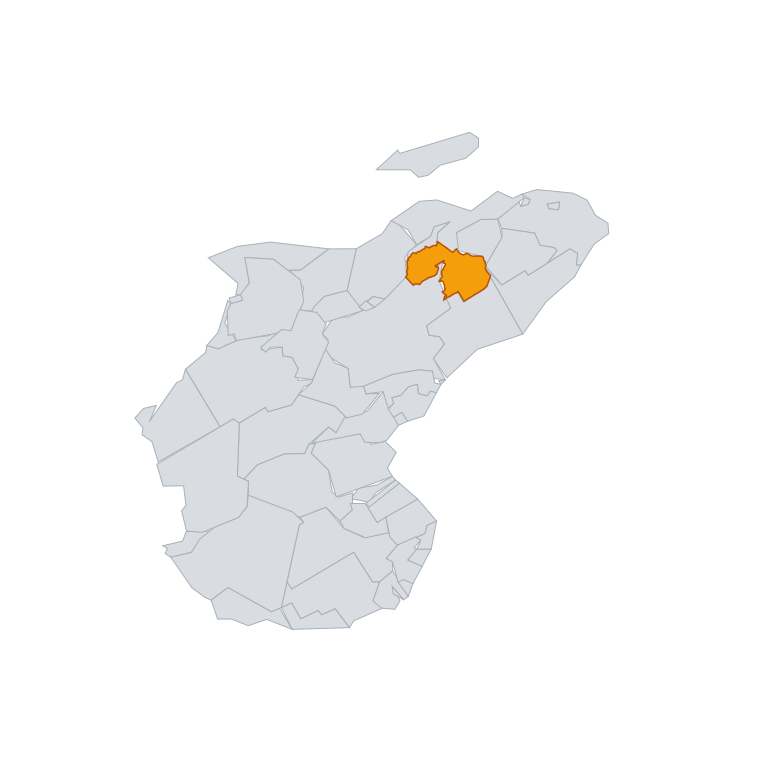 Zambia highlighted on a map of Africa, rotated 239°
{"feature_id": "ZMB", "entity_name": "Zambia", "entity_type": "country or territory", "adm_level": 0, "iso_a3": "ZMB", "parent_name": "Africa", "parent_adm1": "", "projection": "equal_earth", "projection_center": [28.807, -13.118], "detail": "fine", "context": "in_parent", "style": "filled", "palette": "amber", "viewbox_px": 768, "rotation_deg": 239, "n_neighbors": 49, "source": "natural_earth", "source_scale": "50m", "svg_char_len": 14587}
<svg xmlns="http://www.w3.org/2000/svg" viewBox="0 0 768 768"><g transform="rotate(239 384 384)"><path d="M483.2,400.5L514.2,429.9L513.8,459.9L520.3,474.3L515.6,478.8L486.7,483.7L482.0,467.2L464.6,458.8L458.0,444.4L456.4,428.5L464.7,419.5L462.7,402.0L483.2,400.5Z" fill="#d9dde1" stroke="#a8b0b8" stroke-width="1"/><path d="M245.3,180.9L244.0,192.2L225.7,191.8L223.8,211.0L218.4,211.7L216.6,226.5L192.9,229.0L221.0,178.9L245.3,180.9Z" fill="#d9dde1" stroke="#a8b0b8" stroke-width="1"/><path d="M456.4,428.5L464.6,458.8L452.9,460.2L450.8,485.8L458.0,488.8L458.5,497.2L443.8,484.4L414.6,480.3L411.9,450.5L402.4,447.8L396.1,456.0L387.1,456.6L380.3,439.4L356.0,438.7L364.2,428.5L370.0,432.2L378.3,420.9L387.8,396.3L393.2,359.8L398.6,353.3L415.8,361.2L434.8,351.5L444.9,351.7L451.1,359.1L458.6,356.7L467.2,375.6L459.6,388.3L456.4,428.5Z" fill="#d9dde1" stroke="#a8b0b8" stroke-width="1"/><path d="M528.2,406.3L524.6,371.0L531.3,359.6L547.9,353.5L564.1,329.9L540.0,320.6L533.3,309.7L536.6,302.7L545.3,310.7L582.7,298.4L577.4,329.3L564.2,359.7L528.2,406.3Z" fill="#d9dde1" stroke="#a8b0b8" stroke-width="1"/><path d="M514.2,429.9L483.2,400.5L489.8,377.9L483.7,359.4L491.3,349.5L507.9,364.6L529.7,362.0L524.6,371.0L528.2,406.3L514.2,429.9Z" fill="#d9dde1" stroke="#a8b0b8" stroke-width="1"/><path d="M428.6,328.1L424.1,324.7L422.1,322.4L422.7,313.5L413.5,294.0L420.0,269.9L424.9,270.5L425.1,236.7L431.6,236.6L431.7,221.4L498.9,221.4L502.9,247.3L508.3,252.0L499.5,260.0L496.5,286.4L485.0,309.3L483.4,324.5L476.1,296.6L468.1,315.7L460.2,311.9L454.2,318.9L441.3,318.4L431.5,312.0L424.6,325.0L428.6,328.1Z" fill="#d9dde1" stroke="#a8b0b8" stroke-width="1"/><path d="M425.0,239.9L424.9,270.5L420.0,269.9L413.5,294.0L418.8,305.2L390.0,330.8L374.3,334.4L366.8,317.7L375.6,314.3L371.0,288.2L365.1,280.1L375.4,262.6L379.9,233.7L374.5,214.9L380.4,210.8L425.0,239.9Z" fill="#d9dde1" stroke="#a8b0b8" stroke-width="1"/><path d="M384.5,613.8L387.0,610.1L396.3,617.2L404.1,612.9L403.3,585.5L409.3,600.8L413.2,600.1L422.6,589.2L435.7,590.8L456.8,565.2L466.8,566.5L470.8,582.5L470.2,593.5L465.8,592.7L463.7,600.2L467.0,604.2L475.7,600.2L472.0,615.1L450.1,644.4L437.0,652.8L419.7,652.2L406.5,658.8L397.2,654.1L395.7,636.3L384.5,613.8ZM454.2,616.6L449.3,615.8L443.4,623.3L449.5,628.2L454.2,616.6Z" fill="#d9dde1" stroke="#a8b0b8" stroke-width="1"/><path d="M454.2,616.6L449.5,628.2L443.4,623.3L449.3,615.8L454.2,616.6Z" fill="#d9dde1" stroke="#a8b0b8" stroke-width="1"/><path d="M466.8,566.5L448.8,560.6L433.0,531.9L443.2,533.5L461.7,514.7L476.5,524.1L475.2,551.6L466.8,566.5Z" fill="#d9dde1" stroke="#a8b0b8" stroke-width="1"/><path d="M456.8,565.2L435.7,590.8L422.6,589.2L413.2,600.1L409.3,600.8L403.3,585.5L402.8,563.4L408.4,563.1L408.1,535.9L433.0,531.9L448.8,560.6L456.8,565.2Z" fill="#d9dde1" stroke="#a8b0b8" stroke-width="1"/><path d="M402.8,563.4L404.1,612.9L396.3,617.2L387.0,610.1L384.5,613.8L377.8,602.8L371.0,565.4L355.3,528.6L431.9,530.7L408.1,535.9L408.4,563.1L402.8,563.4Z" fill="#d9dde1" stroke="#a8b0b8" stroke-width="1"/><path d="M189.9,286.1L185.3,277.3L195.0,263.9L203.9,262.8L216.7,278.2L219.5,295.1L189.5,295.5L188.9,289.6L206.5,286.8L189.9,286.1Z" fill="#d9dde1" stroke="#a8b0b8" stroke-width="1"/><path d="M219.5,295.1L216.7,278.2L220.0,272.2L255.4,271.3L255.8,199.1L264.4,199.0L307.0,239.0L306.8,243.9L313.2,243.1L308.3,270.8L280.9,275.4L263.4,287.1L254.2,311.3L238.9,312.6L233.3,296.1L227.1,299.8L219.5,295.1Z" fill="#d9dde1" stroke="#a8b0b8" stroke-width="1"/><path d="M192.9,229.0L216.6,226.5L218.4,211.7L223.8,211.0L225.7,191.8L244.0,192.2L245.3,180.9L264.4,199.0L255.8,199.1L255.4,271.3L220.0,272.2L216.7,278.2L203.9,262.8L192.8,266.4L196.6,236.0L192.9,229.0Z" fill="#d9dde1" stroke="#a8b0b8" stroke-width="1"/><path d="M300.6,343.6L295.7,344.5L295.1,321.0L290.2,310.5L302.7,296.7L307.9,308.4L301.1,325.9L300.6,343.6Z" fill="#d9dde1" stroke="#a8b0b8" stroke-width="1"/><path d="M374.5,214.9L379.9,233.7L375.4,262.6L365.1,280.1L371.0,288.2L368.5,294.8L362.3,286.1L338.6,292.1L318.2,284.0L310.4,286.6L307.0,301.2L292.3,291.9L289.2,275.7L308.3,270.8L313.2,243.1L358.6,210.3L370.4,217.7L374.5,214.9Z" fill="#d9dde1" stroke="#a8b0b8" stroke-width="1"/><path d="M300.6,343.6L311.9,284.9L338.6,292.1L362.3,286.1L370.7,297.9L353.6,337.9L338.8,342.1L334.4,355.3L319.1,359.3L310.1,343.5L300.6,343.6Z" fill="#d9dde1" stroke="#a8b0b8" stroke-width="1"/><path d="M370.4,291.8L375.6,314.3L366.8,317.7L375.2,332.3L369.4,355.6L377.9,379.3L341.0,375.0L334.3,357.5L336.0,349.7L344.1,337.5L353.6,337.9L370.4,291.8Z" fill="#d9dde1" stroke="#a8b0b8" stroke-width="1"/><path d="M291.1,306.4L295.7,344.5L291.0,346.2L285.5,308.7L291.1,306.4Z" fill="#d9dde1" stroke="#a8b0b8" stroke-width="1"/><path d="M286.0,306.2L291.0,346.2L267.9,353.6L268.7,306.7L286.0,306.2Z" fill="#d9dde1" stroke="#a8b0b8" stroke-width="1"/><path d="M238.9,312.6L249.6,310.1L269.0,317.0L267.9,353.6L239.4,358.5L240.5,347.9L234.6,342.0L238.9,312.6Z" fill="#d9dde1" stroke="#a8b0b8" stroke-width="1"/><path d="M206.9,294.0L227.1,299.8L233.3,296.1L238.9,312.6L236.7,332.4L231.2,335.3L228.3,325.6L223.9,327.2L220.9,313.8L208.1,322.8L197.9,306.0L206.9,294.0Z" fill="#d9dde1" stroke="#a8b0b8" stroke-width="1"/><path d="M189.5,295.5L206.9,294.0L206.3,300.0L197.9,306.0L189.5,295.5Z" fill="#d9dde1" stroke="#a8b0b8" stroke-width="1"/><path d="M235.8,332.4L234.6,342.0L240.5,347.9L239.4,358.5L218.1,339.4L225.5,326.7L231.2,335.3L235.8,332.4Z" fill="#d9dde1" stroke="#a8b0b8" stroke-width="1"/><path d="M208.1,322.8L220.9,313.8L225.5,326.7L218.1,339.4L208.1,322.8Z" fill="#d9dde1" stroke="#a8b0b8" stroke-width="1"/><path d="M254.2,311.3L261.7,289.0L280.9,275.4L289.2,275.7L292.3,291.9L298.9,293.7L291.1,306.4L268.7,306.7L269.0,317.0L254.2,311.3Z" fill="#d9dde1" stroke="#a8b0b8" stroke-width="1"/><path d="M444.9,351.7L427.6,352.7L415.8,361.2L398.6,353.3L392.6,365.3L384.9,363.5L378.3,375.1L369.3,350.0L374.3,334.4L390.0,330.8L418.8,305.2L422.1,322.4L444.9,351.7Z" fill="#d9dde1" stroke="#a8b0b8" stroke-width="1"/><path d="M392.6,365.3L387.8,396.3L378.3,420.9L370.0,432.2L358.5,428.0L354.4,432.8L349.5,424.4L354.0,420.1L351.7,414.8L358.1,408.4L366.5,412.5L369.0,403.5L365.5,392.7L368.1,383.5L362.3,382.6L361.1,375.1L377.9,379.3L384.9,363.5L392.6,365.3Z" fill="#d9dde1" stroke="#a8b0b8" stroke-width="1"/><path d="M350.5,375.1L360.3,374.7L362.3,382.6L368.1,383.5L365.5,392.7L369.0,403.5L366.5,412.5L358.1,408.4L351.7,414.8L354.0,420.1L349.5,424.4L336.0,401.8L340.0,385.0L350.5,384.6L350.5,375.1Z" fill="#d9dde1" stroke="#a8b0b8" stroke-width="1"/><path d="M341.0,375.0L350.5,375.1L350.5,384.6L340.0,385.0L341.0,375.0Z" fill="#d9dde1" stroke="#a8b0b8" stroke-width="1"/><path d="M476.3,465.8L485.1,473.0L486.6,499.8L493.0,507.8L489.1,524.7L485.9,507.8L475.7,500.8L480.5,475.9L476.3,465.8Z" fill="#d9dde1" stroke="#a8b0b8" stroke-width="1"/><path d="M486.7,483.7L503.6,484.1L520.3,474.3L522.4,508.4L514.5,524.1L487.4,547.7L490.7,580.6L476.8,589.9L475.7,600.2L471.5,600.1L466.8,566.5L475.2,551.6L476.5,524.1L462.1,517.6L461.2,509.2L478.8,502.8L485.9,507.8L489.1,524.7L493.0,507.8L486.6,499.8L486.7,483.7Z" fill="#d9dde1" stroke="#a8b0b8" stroke-width="1"/><path d="M471.5,600.1L467.0,604.2L463.7,600.2L465.8,592.7L471.5,600.1Z" fill="#d9dde1" stroke="#a8b0b8" stroke-width="1"/><path d="M354.4,432.8L358.6,432.4L356.0,438.7L354.4,432.8ZM356.9,441.1L380.3,439.4L387.1,456.6L396.1,456.0L402.4,447.8L411.9,450.5L414.6,480.3L425.5,481.5L425.5,494.5L413.5,494.4L413.5,519.2L421.2,530.3L355.3,528.6L365.7,482.0L356.9,441.1Z" fill="#d9dde1" stroke="#a8b0b8" stroke-width="1"/><path d="M463.0,412.1L464.7,419.5L456.4,428.5L454.6,415.4L463.0,412.1Z" fill="#d9dde1" stroke="#a8b0b8" stroke-width="1"/><path d="M571.6,487.8L577.5,516.3L573.5,516.3L555.7,586.8L546.1,591.7L538.6,587.1L535.4,570.4L542.6,545.0L540.2,529.4L543.3,520.2L554.1,516.8L571.6,487.8Z" fill="#d9dde1" stroke="#a8b0b8" stroke-width="1"/><path d="M188.9,289.6L199.5,283.9L206.5,286.8L188.9,289.6Z" fill="#d9dde1" stroke="#a8b0b8" stroke-width="1"/><path d="M347.4,159.5L338.9,132.1L345.4,112.0L351.4,109.2L354.6,113.6L359.3,111.0L353.1,130.5L359.7,139.0L347.4,159.5Z" fill="#d9dde1" stroke="#a8b0b8" stroke-width="1"/><path d="M245.3,180.9L246.6,170.2L289.9,145.3L287.7,124.5L293.3,120.6L308.3,114.4L345.4,112.0L338.9,132.1L346.0,146.5L348.8,166.0L344.6,190.6L349.4,203.5L358.6,210.3L321.4,239.7L306.8,243.9L307.0,239.0L245.3,180.9Z" fill="#d9dde1" stroke="#a8b0b8" stroke-width="1"/><path d="M497.3,279.7L499.5,260.0L508.3,252.0L513.5,268.0L536.0,293.1L531.8,294.3L518.1,278.9L497.3,279.7Z" fill="#d9dde1" stroke="#a8b0b8" stroke-width="1"/><path d="M221.0,178.9L242.7,162.2L246.8,143.1L261.2,132.0L268.2,120.3L287.7,124.5L289.9,145.3L246.6,170.2L245.6,178.9L221.0,178.9Z" fill="#d9dde1" stroke="#a8b0b8" stroke-width="1"/><path d="M498.9,221.4L431.7,221.4L433.5,150.3L453.9,155.4L465.1,150.4L470.5,154.9L483.1,152.9L486.9,165.4L482.9,177.8L472.6,163.5L492.0,206.9L491.2,213.1L498.9,221.4Z" fill="#d9dde1" stroke="#a8b0b8" stroke-width="1"/><path d="M432.2,147.9L431.6,236.6L425.0,239.9L380.4,210.8L370.4,217.7L349.4,203.5L344.6,190.6L350.5,151.7L359.7,139.0L379.7,145.3L381.9,151.7L400.0,159.8L410.2,142.1L432.2,147.9Z" fill="#d9dde1" stroke="#a8b0b8" stroke-width="1"/><path d="M564.1,329.9L547.9,353.5L516.3,366.0L496.3,357.9L477.5,331.6L497.3,279.7L504.1,281.3L505.8,275.5L527.3,287.2L531.8,294.3L528.6,306.0L534.5,306.9L540.0,320.6L564.1,329.9Z" fill="#d9dde1" stroke="#a8b0b8" stroke-width="1"/><path d="M531.8,294.3L537.4,295.5L534.5,306.9L528.6,306.0L531.8,294.3Z" fill="#d9dde1" stroke="#a8b0b8" stroke-width="1"/><path d="M483.2,400.5L457.8,403.6L467.6,363.1L483.7,359.4L486.5,364.9L489.8,377.9L483.2,400.5Z" fill="#d9dde1" stroke="#a8b0b8" stroke-width="1"/><path d="M462.7,402.0L464.7,411.1L454.6,415.4L456.1,405.8L462.7,402.0Z" fill="#d9dde1" stroke="#a8b0b8" stroke-width="1"/><path d="M465.2,365.3L458.6,356.7L448.4,358.2L424.6,325.0L435.7,311.0L441.3,318.4L454.2,318.9L460.2,311.9L468.1,315.7L474.2,305.7L472.3,298.8L478.8,297.1L483.4,324.5L477.5,331.6L491.3,349.5L480.1,363.1L465.2,365.3Z" fill="#d9dde1" stroke="#a8b0b8" stroke-width="1"/><path d="M462.4,515.8L461.6,515.8L460.1,515.8L458.6,515.8L457.2,516.2L456.1,516.8L454.7,517.8L454.2,518.2L453.9,518.4L453.7,518.8L453.6,519.6L453.6,520.9L453.4,521.8L453.0,522.7L451.0,523.7L449.6,524.5L448.3,525.5L447.3,526.7L446.6,528.3L445.4,530.2L444.3,531.9L443.1,533.7L441.7,534.3L440.5,534.1L439.1,533.4L438.0,533.3L437.2,533.7L436.4,533.6L435.7,532.9L435.1,532.6L434.7,532.8L434.1,532.8L433.0,532.4L432.0,531.2L431.5,530.7L431.1,530.5L429.9,530.3L427.3,530.0L427.0,530.0L425.9,530.3L424.6,530.6L423.4,530.9L422.2,531.2L421.0,529.9L419.7,528.5L418.4,526.9L417.3,525.6L416.8,524.8L415.9,523.9L415.3,523.4L415.0,523.2L414.4,520.6L414.0,518.2L414.0,516.4L413.9,513.9L413.9,511.4L413.9,508.9L413.9,506.5L413.8,504.0L413.8,501.5L413.8,499.0L413.8,496.5L413.7,495.2L415.1,495.2L416.6,495.2L418.2,495.2L419.9,495.2L421.6,495.2L423.3,495.2L424.5,495.2L424.9,495.2L425.2,495.2L425.3,494.9L424.8,493.7L424.8,493.2L424.9,492.4L425.1,491.7L425.4,490.7L425.4,490.2L425.2,488.4L425.2,487.3L425.2,486.3L425.3,485.3L425.2,484.6L425.3,484.2L425.5,483.7L425.5,483.1L425.6,482.8L425.6,482.5L425.5,482.1L425.4,481.1L425.3,479.6L425.1,478.6L425.4,478.7L425.8,478.8L426.0,479.3L426.1,479.8L426.4,479.9L427.2,480.2L427.5,480.6L427.7,481.6L427.6,482.1L427.3,482.5L427.6,482.9L428.1,483.1L428.4,483.1L429.2,482.4L429.6,482.3L430.0,482.1L430.5,482.0L431.6,481.7L432.2,481.5L432.6,481.3L432.8,481.3L433.0,481.5L432.9,482.2L432.8,482.8L433.0,484.0L433.2,484.5L433.6,484.9L433.9,485.1L434.2,485.5L434.8,485.4L436.2,486.0L436.6,486.3L437.2,486.6L437.6,486.7L439.0,486.9L439.5,487.0L440.5,487.2L441.2,487.3L441.8,487.2L442.2,487.0L442.4,486.8L442.5,486.6L442.7,486.1L443.0,484.8L443.1,484.4L443.4,484.3L443.7,484.2L443.9,484.4L444.2,485.7L445.3,487.0L445.6,488.1L445.9,489.0L446.1,489.2L446.5,489.5L447.2,489.6L447.8,489.7L449.0,490.3L450.0,490.8L450.7,491.2L451.0,491.5L451.2,491.9L451.4,492.3L451.6,493.2L451.8,494.0L452.2,494.1L452.5,494.2L452.8,494.7L453.1,495.1L453.6,496.2L454.0,496.9L454.1,497.6L454.5,498.1L455.1,498.3L455.6,498.3L455.9,498.1L456.6,497.8L457.2,497.3L457.6,497.2L457.9,497.3L458.1,497.6L458.2,498.1L458.2,498.5L458.6,498.8L458.9,498.7L459.0,498.3L459.0,498.1L459.0,496.5L459.0,495.2L459.0,493.9L459.0,492.3L459.0,491.0L459.0,489.8L459.0,488.7L458.8,488.7L458.4,489.0L457.7,489.0L457.4,489.2L457.3,489.5L457.3,489.9L457.3,490.5L457.2,490.7L456.9,490.8L456.4,490.6L455.5,490.3L454.8,490.2L454.3,489.5L453.5,488.4L453.1,487.8L451.9,486.7L451.4,486.0L451.1,485.1L451.0,484.5L450.8,484.1L450.7,483.4L451.0,482.4L451.3,480.5L451.6,479.1L451.8,478.1L452.3,477.0L452.4,476.1L452.1,474.9L452.2,474.2L452.2,472.6L452.3,471.2L452.3,470.5L452.1,469.3L451.7,467.9L450.9,466.1L450.9,465.7L451.4,465.3L452.2,464.5L452.6,464.1L453.0,463.4L453.2,463.1L453.7,462.3L453.9,461.6L454.0,460.7L453.8,459.9L454.3,459.7L455.7,459.5L457.2,459.1L458.9,458.8L460.6,458.5L462.2,458.1L463.6,457.8L464.6,457.6L464.8,458.2L465.1,459.1L465.5,459.8L465.9,460.4L466.3,460.8L466.5,460.9L468.1,460.9L468.7,461.2L469.2,461.7L469.3,462.4L469.7,462.9L470.0,463.2L470.2,463.3L470.4,463.2L470.8,463.2L471.2,463.3L471.4,463.5L471.5,464.1L471.6,464.4L472.1,464.5L472.7,464.5L473.2,464.9L473.8,465.0L474.4,465.2L474.7,465.6L475.4,466.1L476.3,466.5L476.9,466.9L477.3,467.1L477.3,467.4L477.4,467.7L477.6,468.0L477.6,468.4L477.7,468.8L477.9,468.9L478.1,469.0L478.3,468.7L478.6,468.7L478.9,468.9L479.0,469.3L479.2,469.9L479.5,470.3L479.8,470.7L479.7,471.4L479.5,472.1L480.0,472.7L480.6,473.4L480.8,473.6L480.8,474.5L480.9,474.9L481.3,475.6L481.5,476.1L481.5,476.4L480.4,477.9L480.0,478.1L479.7,478.2L479.4,478.5L479.2,478.8L479.3,479.0L479.4,479.5L479.6,480.3L479.9,480.9L479.7,481.6L479.2,482.8L479.0,483.8L479.1,484.1L479.3,484.4L479.4,485.0L479.4,485.9L479.4,486.6L479.1,488.3L479.6,489.8L479.8,490.0L480.5,490.0L480.4,490.6L480.1,491.0L479.9,491.3L479.0,491.8L477.7,492.4L477.5,492.9L477.3,493.7L477.4,494.2L477.6,494.5L477.5,495.2L477.4,495.9L477.4,496.5L477.4,497.0L477.2,497.2L477.0,498.0L476.7,498.8L476.5,499.2L476.2,499.5L475.6,499.8L475.7,500.0L476.2,500.4L476.4,500.6L476.4,500.8L476.2,501.2L476.5,501.4L476.8,501.6L477.1,502.1L477.3,502.8L477.4,503.1L477.5,503.2L477.8,503.1L478.1,502.7L478.4,502.6L478.7,503.1L477.5,503.7L476.8,504.0L474.9,504.8L473.3,505.5L472.9,505.7L472.1,506.0L471.6,506.2L470.2,506.9L469.6,507.2L469.1,507.5L467.9,508.0L466.7,508.4L465.5,508.9L464.1,509.4L463.3,509.8L462.8,510.1L461.5,510.7L461.5,510.9L461.5,511.3L461.6,512.2L461.9,513.0L462.2,513.5L462.4,514.7L462.4,515.8Z" fill="#f59e0b" stroke="#b45309" stroke-width="1.5"/></g></svg>